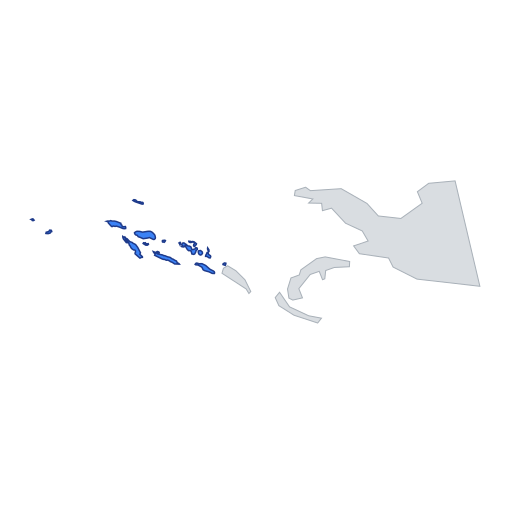 Solomon Islands and the surrounding countries, rotated 170°
{"feature_id": "SLB", "entity_name": "Solomon Islands", "entity_type": "country or territory", "adm_level": 0, "iso_a3": "SLB", "parent_name": "Oceania", "parent_adm1": "", "projection": "albers", "projection_center": [159.585, -9.221], "detail": "fine", "context": "with_neighbors", "style": "filled", "palette": "blue", "viewbox_px": 512, "rotation_deg": 170, "n_neighbors": 1, "source": "natural_earth", "source_scale": "50m", "svg_char_len": 5038}
<svg xmlns="http://www.w3.org/2000/svg" viewBox="0 0 512 512"><g transform="rotate(170 256 256)"><path d="M40.8,187.3L101.5,205.3L122.9,221.3L125.8,231.0L153.8,240.3L158.1,249.0L143.0,251.3L147.0,262.2L162.1,272.7L173.3,290.0L182.7,289.1L182.2,296.5L195.0,299.0L190.1,302.3L207.7,308.8L206.0,313.7L195.2,315.1L191.1,310.9L160.4,307.5L137.6,288.5L128.6,274.2L106.8,267.8L83.2,279.1L85.9,291.3L73.3,297.6L46.9,295.4L40.8,187.3ZM228.9,191.1L242.1,203.1L244.3,211.7L239.1,216.2L231.8,200.1L214.5,188.0L202.3,183.4L206.9,179.3L228.9,191.1ZM214.2,234.6L196.8,242.9L188.0,243.1L164.7,234.3L165.9,229.2L180.9,231.1L189.9,229.6L192.2,221.6L194.6,221.1L196.4,229.9L205.8,228.4L219.5,216.4L217.5,206.7L227.4,206.2L230.9,208.8L230.7,218.0L225.4,228.3L216.7,229.8L214.2,234.6ZM271.4,225.2L292.5,244.9L290.2,249.6L285.6,251.3L278.4,245.0L271.0,234.5L267.3,221.9L269.5,220.3L271.4,225.2Z" fill="#d9dde1" stroke="#a8b0b8" stroke-width="1"/><path d="M354.2,290.1L357.8,292.7L359.4,292.5L364.1,292.6L366.9,294.5L368.6,295.4L369.5,297.1L370.6,297.5L371.3,298.3L371.7,299.9L371.4,300.2L370.0,300.8L368.9,301.0L366.2,300.4L363.6,299.2L358.3,299.1L355.9,298.7L355.1,298.2L354.3,297.6L353.1,296.1L352.1,294.4L351.9,293.4L351.9,291.4L352.2,290.7L353.2,290.0L354.2,290.1ZM370.7,274.1L374.7,279.1L374.6,280.0L374.0,280.6L373.8,282.2L374.3,282.9L375.5,283.2L377.3,285.0L378.1,287.1L378.2,287.8L378.9,288.8L379.0,290.9L380.7,293.8L380.9,295.2L380.7,295.8L380.0,295.4L377.8,292.1L375.4,290.7L375.1,290.1L372.6,288.2L371.0,285.0L369.2,279.2L370.1,277.9L368.0,275.1L368.1,274.4L369.0,274.5L369.6,274.5L369.9,274.2L370.7,274.1ZM356.3,277.8L356.4,278.2L354.1,276.8L352.5,275.1L347.7,273.2L346.7,272.3L345.8,272.2L343.3,270.6L340.9,269.6L339.5,268.2L339.1,267.7L338.2,267.3L336.7,265.9L335.2,264.9L334.7,263.1L333.2,261.9L332.9,261.3L337.5,262.3L339.6,264.3L341.4,265.4L342.0,266.2L343.7,267.3L345.1,267.4L346.6,268.5L347.9,268.8L349.0,269.4L355.7,274.3L354.9,275.6L355.8,276.6L356.3,277.8ZM386.4,308.7L388.4,309.7L389.6,309.6L391.4,310.3L392.7,309.9L393.6,310.8L395.7,314.2L395.7,315.3L397.1,316.1L395.9,316.2L394.3,315.8L393.0,316.1L391.7,315.4L389.4,315.0L387.5,314.2L383.4,311.7L383.5,310.4L382.8,309.8L382.6,308.3L381.2,307.8L379.5,307.7L379.3,306.9L379.6,305.7L380.9,305.7L382.4,306.2L385.3,308.1L386.1,308.5L386.4,308.7ZM316.9,257.8L317.4,258.4L316.1,259.4L314.4,258.9L314.1,258.3L314.0,258.0L312.8,258.2L310.5,257.8L307.2,255.4L303.7,251.0L300.4,248.5L299.8,247.7L299.7,246.5L300.1,246.0L302.2,246.5L304.9,248.5L309.3,250.6L310.5,251.7L311.2,254.3L312.0,255.0L314.4,257.0L315.6,257.5L316.3,257.6L316.9,257.8ZM321.5,273.0L322.5,274.3L323.7,277.4L323.5,278.4L322.7,278.5L322.4,279.1L321.3,277.7L319.8,277.3L318.6,276.4L318.2,274.6L318.1,273.5L317.2,273.3L314.7,273.6L313.9,274.6L312.8,274.3L312.5,273.4L312.7,272.5L314.2,271.7L314.5,270.6L316.0,268.7L317.0,268.4L318.8,269.1L319.0,271.7L319.6,272.6L321.5,273.0ZM367.6,332.1L366.5,332.7L365.5,332.4L364.7,332.0L364.0,330.7L362.7,329.9L360.7,329.5L359.9,329.0L359.7,328.7L358.3,328.5L357.9,327.8L358.0,327.1L358.3,326.7L359.5,327.0L365.6,330.4L367.0,331.5L367.6,332.1ZM303.7,267.8L303.4,268.0L302.9,267.1L302.5,266.9L302.5,265.9L300.8,264.2L300.7,263.1L301.6,262.0L302.9,262.6L304.2,264.0L305.7,264.4L305.4,265.4L304.1,267.0L303.7,267.8ZM311.7,270.8L311.4,271.1L309.6,271.0L308.2,269.3L308.2,268.0L309.3,266.8L310.6,266.6L311.3,267.1L312.0,268.0L312.2,269.3L312.1,270.4L311.7,270.8ZM327.2,280.3L325.6,281.6L324.4,281.2L323.4,280.1L323.7,278.7L323.9,278.4L324.4,278.3L324.9,278.0L325.4,277.4L327.2,277.9L327.6,278.2L326.5,279.0L326.9,279.3L327.1,279.7L327.2,280.3ZM458.5,315.8L457.2,316.0L456.8,315.9L455.8,316.1L454.8,317.3L454.0,317.1L453.4,317.1L452.9,316.1L452.9,315.6L453.7,315.7L454.1,314.8L454.9,314.3L456.8,314.1L458.4,314.5L459.0,314.7L458.5,315.6L458.5,315.8ZM383.7,296.0L383.9,297.8L383.8,298.4L382.5,297.1L381.9,297.6L381.4,297.0L381.5,295.6L381.5,294.2L381.3,293.1L380.7,291.5L381.4,291.7L383.7,296.0ZM315.4,280.9L315.4,281.1L314.5,280.7L312.5,278.4L312.8,277.7L314.6,276.2L315.2,276.0L315.7,276.9L315.3,278.2L314.7,278.6L314.4,279.8L315.4,280.9ZM361.1,285.5L362.0,285.7L362.5,285.7L363.6,286.6L365.0,287.9L364.4,288.6L363.2,288.2L362.8,288.3L362.7,288.3L362.5,287.6L361.2,286.9L360.0,286.9L359.9,286.1L361.1,285.5ZM345.0,287.6L344.8,287.6L344.0,287.4L343.0,287.4L342.5,286.8L343.2,286.0L344.0,285.4L344.4,285.6L344.8,285.9L345.6,286.0L345.7,287.1L345.0,287.6ZM289.6,254.2L288.0,254.6L286.9,254.1L287.4,252.8L287.9,252.1L290.0,253.3L289.6,254.2ZM353.2,277.3L352.4,277.6L351.2,277.0L350.7,276.4L351.0,275.5L351.6,275.2L352.4,275.8L352.5,276.4L353.2,277.3ZM471.2,331.1L469.8,331.4L469.2,331.3L468.3,329.8L469.0,329.5L470.1,329.7L470.4,330.5L471.2,331.1ZM319.6,281.6L319.6,282.2L318.6,282.0L316.5,281.1L316.4,280.7L317.6,280.6L318.5,280.7L319.2,281.2L319.6,281.6ZM302.4,271.9L302.2,272.4L301.3,270.3L301.4,269.3L301.5,268.6L301.8,268.4L302.5,270.7L302.4,271.9ZM328.7,282.6L328.4,282.7L328.0,282.0L328.9,280.2L329.3,281.7L329.6,282.2L328.7,282.6Z" fill="#3b82f6" stroke="#1e3a8a" stroke-width="1.5"/></g></svg>